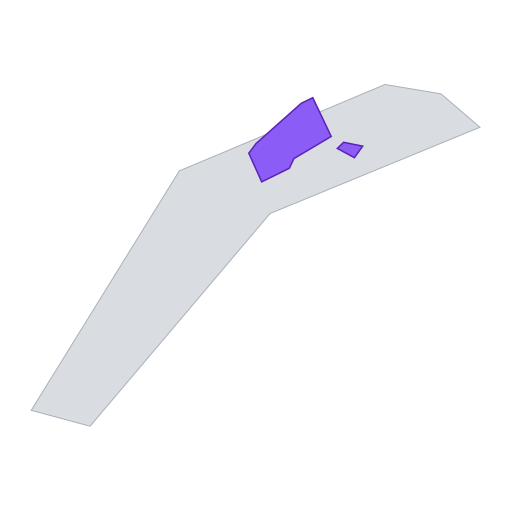 where Paget sits in Bermuda, rotated 182°
{"feature_id": "BMU-5138", "entity_name": "Paget", "entity_type": "state/province", "adm_level": 1, "iso_a3": "BMU", "parent_name": "Bermuda", "parent_adm1": "", "projection": "natural_earth1", "projection_center": [-64.789, 32.281], "detail": "fine", "context": "in_parent", "style": "filled", "palette": "violet", "viewbox_px": 512, "rotation_deg": 182, "n_neighbors": 0, "source": "natural_earth", "source_scale": "10m", "svg_char_len": 494}
<svg xmlns="http://www.w3.org/2000/svg" viewBox="0 0 512 512"><g transform="rotate(182 256 256)"><path d="M335.6,338.4L133.1,431.9L76.8,424.5L36.7,392.5L243.4,299.0L415.9,80.1L475.3,93.9L335.6,338.4Z" fill="#d9dde1" stroke="#a8b0b8" stroke-width="1"/><path d="M185.0,378.1L221.5,354.7L225.7,344.9L252.9,330.3L266.8,358.5L259.8,368.5L216.1,410.2L204.8,416.2L185.0,378.1ZM161.1,357.7L178.5,366.3L172.4,372.7L153.2,369.5L161.1,357.7Z" fill="#8b5cf6" stroke="#5b21b6" stroke-width="1.5"/></g></svg>